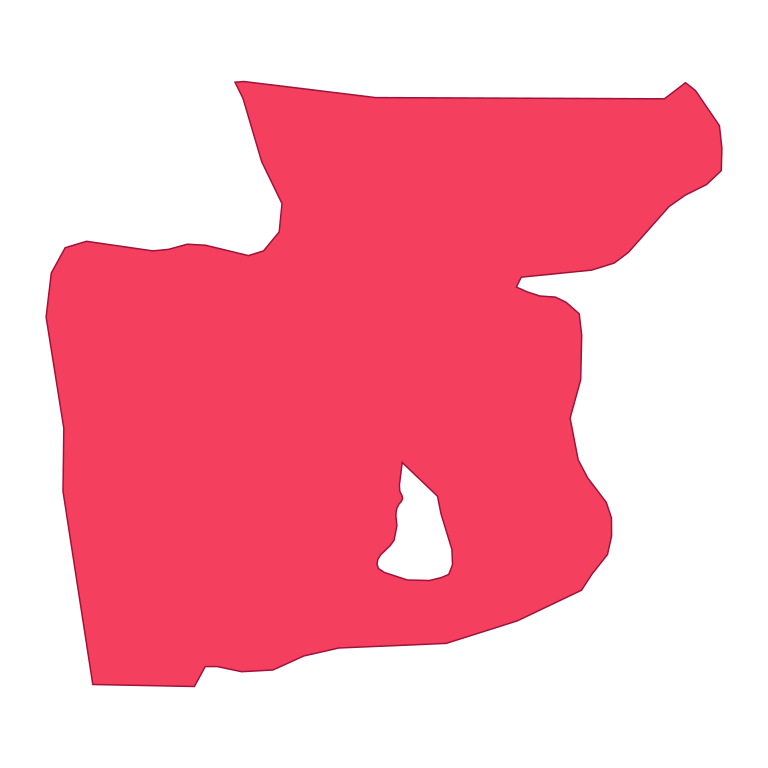 map outline of Tunapuna/Piarco (Mercator projection)
{"feature_id": "TTO-61", "entity_name": "Tunapuna/Piarco", "entity_type": "Region", "adm_level": 1, "iso_a3": "TTO", "parent_name": "Trinidad and Tobago", "parent_adm1": "", "projection": "mercator", "projection_center": [-61.281, 10.685], "detail": "fine", "context": "isolated", "style": "filled", "palette": "rose", "viewbox_px": 768, "rotation_deg": 0, "n_neighbors": 0, "source": "natural_earth", "source_scale": "10m", "svg_char_len": 1174}
<svg xmlns="http://www.w3.org/2000/svg" viewBox="0 0 768 768"><path d="M235.0,82.2L243.8,81.5L375.6,97.6L664.4,98.8L685.5,82.7L695.4,90.5L719.4,125.6L721.9,148.1L721.3,170.6L706.6,184.5L685.3,195.1L669.1,206.5L628.4,252.4L614.3,263.0L591.7,270.1L521.2,277.2L516.4,287.1L527.0,291.8L539.8,296.0L555.4,297.1L566.1,302.3L579.2,313.8L581.7,335.0L580.7,379.8L570.1,418.1L578.2,459.9L587.7,477.9L606.3,502.4L611.5,518.0L611.6,536.0L607.5,554.5L591.9,574.2L581.5,590.2L517.4,620.8L446.1,643.4L338.7,648.0L303.7,656.0L272.9,670.0L241.6,671.7L217.4,666.6L205.2,666.6L194.4,686.5L92.8,684.5L63.0,491.3L63.8,428.2L46.1,317.0L51.3,273.0L65.2,247.7L86.5,241.3L152.9,250.9L168.8,249.3L187.2,244.2L205.3,245.2L248.4,255.6L263.5,250.9L279.2,231.9L282.0,203.6L261.7,161.7L243.0,98.4L235.0,82.2ZM429.4,580.5L441.1,577.6L448.7,574.5L452.5,564.7L451.9,549.4L441.0,513.8L437.5,496.2L402.2,462.5L399.4,485.1L399.8,491.3L401.9,495.3L402.7,498.5L401.3,501.5L399.0,504.1L397.0,507.9L396.1,511.9L395.9,516.7L396.5,521.4L396.9,525.9L394.1,540.2L390.1,545.7L380.8,554.6L377.9,559.2L377.0,564.0L378.4,568.5L384.5,572.5L407.4,580.0L429.4,580.5Z" fill="#f43f5e" stroke="#9f1239" stroke-width="1.5"/></svg>